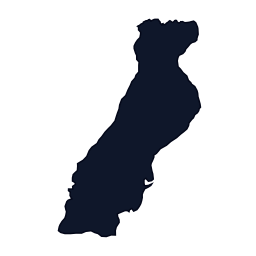 Kritou Marottou, Paphos, Cyprus (Albers equal-area conic projection), rotated 355°
{"feature_id": "46923920B67304422398861", "entity_name": "Kritou Marottou", "entity_type": "district", "adm_level": 2, "iso_a3": "CYP", "parent_name": "Cyprus", "parent_adm1": "Paphos", "projection": "albers", "projection_center": [32.584, 34.945], "detail": "fine", "context": "isolated", "style": "filled", "palette": "ink", "viewbox_px": 256, "rotation_deg": 355, "n_neighbors": 0, "source": "geoboundaries", "source_scale": "gbopen_adm2", "svg_char_len": 2876}
<svg xmlns="http://www.w3.org/2000/svg" viewBox="0 0 256 256"><g transform="rotate(355 128 128)"><path d="M146.5,27.5L146.9,27.7L147.3,29.1L147.1,31.2L148.9,33.5L148.8,35.4L148.0,38.2L148.0,38.8L145.1,41.3L143.0,43.9L141.3,46.9L141.1,49.4L142.1,53.9L143.0,56.4L142.7,60.4L144.8,63.2L144.3,66.3L144.0,69.6L143.7,73.1L140.6,76.1L139.4,78.9L135.9,82.2L134.2,85.6L131.4,90.1L128.6,95.5L124.3,98.9L121.7,104.4L120.8,108.3L118.9,112.2L117.2,116.2L115.7,119.9L111.3,124.6L108.7,126.7L104.9,130.1L101.1,134.5L98.2,137.2L95.9,140.8L90.4,144.0L87.5,147.1L84.5,152.8L80.5,156.3L74.7,159.1L74.6,161.6L73.9,166.0L71.3,168.0L69.4,169.6L68.4,172.8L68.1,176.0L70.6,177.8L70.6,179.7L67.8,181.3L67.8,183.9L65.9,183.9L63.5,183.6L63.3,185.2L64.9,186.9L64.4,190.3L65.9,193.7L62.2,194.7L60.7,196.0L58.6,200.5L59.0,203.7L59.5,206.0L58.4,209.9L57.2,212.5L54.2,215.4L51.9,218.5L50.9,220.5L49.8,224.2L50.6,225.0L52.0,226.2L55.9,227.6L61.3,228.1L67.2,228.1L72.7,228.6L77.0,227.2L82.3,227.1L85.9,229.3L89.0,230.5L92.1,233.4L92.2,233.5L96.9,234.2L101.9,233.0L106.1,233.5L106.4,229.0L107.6,225.6L109.5,223.1L110.9,221.3L111.0,218.6L109.9,215.4L109.9,212.5L114.5,211.0L117.7,210.0L120.2,210.2L121.7,211.4L122.3,209.7L124.7,208.5L126.4,211.3L129.7,210.1L131.4,208.3L132.9,206.3L134.1,204.4L135.2,201.6L136.1,198.6L136.3,195.5L137.4,193.1L138.3,191.7L138.6,191.3L139.2,190.1L142.8,188.7L145.7,187.2L146.8,185.8L143.4,187.0L140.6,187.1L139.3,186.6L139.1,184.2L139.4,180.7L141.4,179.7L143.7,182.8L146.8,182.5L148.7,181.1L148.6,175.9L148.0,172.9L147.4,167.2L148.0,165.1L149.4,162.8L150.4,160.9L151.3,159.0L151.0,157.5L154.1,155.7L158.4,151.4L164.8,148.5L169.3,145.2L175.6,141.8L179.4,138.9L183.0,136.6L186.5,134.1L188.5,130.9L189.2,128.2L192.3,124.9L194.0,123.6L195.7,120.5L198.4,118.9L199.9,116.9L200.6,114.9L202.0,113.6L201.8,110.3L201.2,106.9L200.4,103.0L200.4,99.3L199.9,96.6L198.1,92.5L195.1,89.9L194.5,88.3L192.3,85.8L191.1,81.3L187.6,77.7L185.3,73.9L183.2,71.4L183.1,69.3L182.9,65.3L183.8,62.3L185.1,60.0L189.1,58.6L191.3,56.6L192.5,54.2L194.4,52.5L197.2,49.6L199.2,48.4L202.2,47.8L204.3,46.2L204.2,45.4L205.1,42.8L206.0,40.9L206.2,35.2L206.0,33.4L204.6,29.1L203.6,28.1L202.7,27.3L200.5,27.6L198.4,28.0L196.0,28.1L194.1,28.1L192.9,27.7L192.3,27.2L191.7,26.8L190.4,26.8L189.7,26.7L189.1,27.5L187.9,27.8L186.9,27.3L186.1,26.4L185.7,25.2L185.0,24.9L183.9,25.1L183.0,26.0L182.2,26.6L181.5,26.6L180.8,26.2L179.9,25.4L179.1,24.8L178.2,25.2L177.5,25.8L176.5,26.5L175.6,26.8L174.9,27.5L173.8,28.3L173.4,28.1L172.0,28.1L171.1,28.2L171.7,27.2L169.9,27.4L169.4,26.8L169.1,25.0L168.6,24.4L168.0,23.6L167.4,22.4L166.1,22.3L164.3,22.1L163.4,22.2L162.7,22.5L161.4,22.9L160.2,23.5L158.9,21.8L157.9,22.0L156.5,22.9L155.4,22.7L154.5,23.1L152.6,23.8L152.1,24.9L152.1,25.0L151.4,25.2L150.4,25.5L149.2,26.1L148.8,26.6L148.7,26.8L147.3,27.1L146.8,27.3L146.5,27.5Z" fill="#0f172a" stroke="#020617" stroke-width="1.5"/></g></svg>